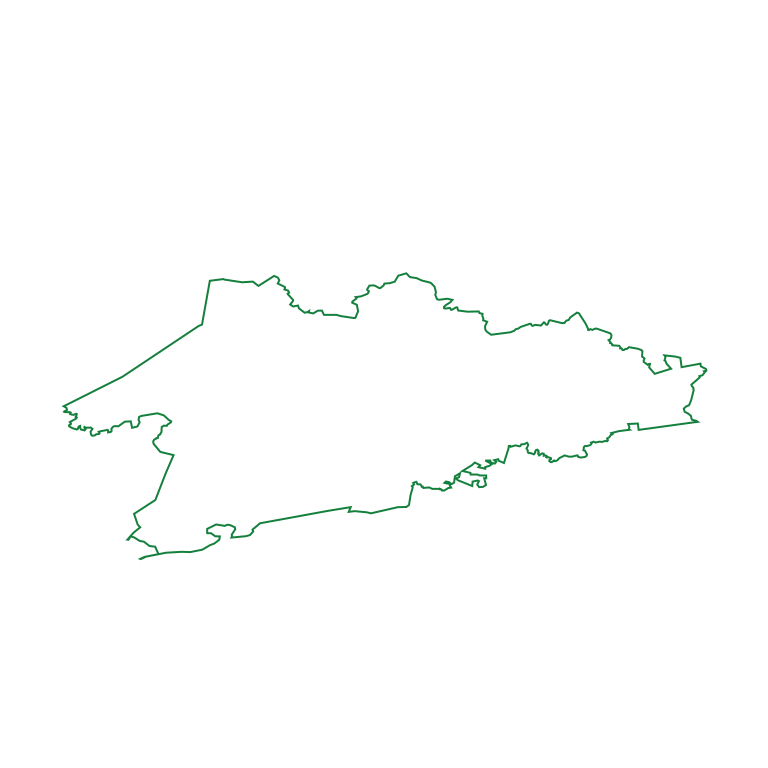 outline of Jumurdas pag., Erglu, Latvia, rotated 350°
{"feature_id": "27541924B12132010316150", "entity_name": "Jumurdas pag.", "entity_type": "district", "adm_level": 2, "iso_a3": "LVA", "parent_name": "Latvia", "parent_adm1": "Erglu", "projection": "equal_earth", "projection_center": [25.8, 56.947], "detail": "fine", "context": "isolated", "style": "outline", "palette": "green", "viewbox_px": 768, "rotation_deg": 350, "n_neighbors": 0, "source": "geoboundaries", "source_scale": "gbopen_adm2", "svg_char_len": 6118}
<svg xmlns="http://www.w3.org/2000/svg" viewBox="0 0 768 768"><g transform="rotate(350 384 384)"><path d="M262.0,259.2L244.8,253.4L244.3,252.8L230.4,252.1L215.1,293.9L211.7,294.6L127.8,331.4L64.7,350.3L67.0,352.2L67.4,354.2L66.7,355.0L64.5,355.4L64.1,355.8L64.7,356.2L70.0,357.3L70.5,357.7L69.6,359.0L71.3,360.0L73.2,360.5L75.5,359.8L76.2,360.2L75.6,361.8L74.6,362.8L74.7,363.5L75.5,363.8L75.0,364.5L68.0,366.9L68.9,368.6L68.6,369.2L66.6,370.0L66.6,371.0L69.6,373.5L73.8,375.5L74.6,375.2L75.2,373.8L76.5,372.6L77.5,372.5L77.1,374.4L77.7,376.2L81.1,377.7L82.3,376.6L81.3,375.0L81.6,374.3L82.9,375.3L87.6,376.0L89.1,377.6L86.7,380.0L86.8,383.1L87.7,384.3L90.4,384.4L91.9,383.5L94.4,383.8L95.3,383.2L94.7,381.5L96.6,381.3L103.9,381.2L104.3,381.9L103.9,383.8L106.5,383.8L107.5,383.1L107.8,380.7L109.9,379.0L111.4,378.7L115.1,379.5L122.2,376.1L128.1,376.8L128.3,383.4L133.8,383.0L136.7,379.3L136.1,376.8L137.0,374.0L139.2,373.3L155.8,373.5L161.8,376.7L165.8,382.0L168.0,383.8L167.4,384.8L163.5,386.5L162.8,387.5L160.0,386.8L157.6,387.8L156.5,392.7L155.1,394.1L155.0,394.7L152.8,395.5L152.0,397.8L150.3,397.8L149.9,398.4L148.1,398.8L146.8,400.3L146.7,401.1L146.7,402.8L151.9,412.0L164.4,417.5L153.8,433.6L138.7,458.5L115.3,468.5L117.0,479.6L119.0,482.8L111.6,486.9L104.3,492.7L105.2,493.0L108.1,490.0L111.6,491.9L116.1,496.1L120.2,497.6L124.9,502.8L130.4,504.5L132.2,511.7L132.1,512.4L118.2,512.7L113.6,513.9L114.1,514.2L119.6,512.7L140.0,512.3L155.4,514.1L164.1,515.9L176.3,515.6L184.7,512.5L189.3,511.6L194.7,508.8L195.9,505.6L191.3,504.6L187.7,500.9L184.0,500.2L184.7,496.0L194.3,493.2L202.6,496.1L205.1,495.4L206.1,495.6L207.9,496.2L212.2,499.2L212.3,501.2L207.9,505.9L207.8,507.7L207.1,508.7L211.3,509.1L221.7,509.9L225.7,509.5L229.6,506.5L229.2,504.6L237.8,499.6L306.7,499.2L329.8,499.5L327.1,503.8L333.0,504.1L344.9,507.4L348.7,509.1L376.2,507.7L384.7,509.0L387.6,507.5L390.9,497.9L394.4,490.7L393.7,489.4L396.2,488.2L395.6,486.5L398.2,486.0L398.9,486.0L399.5,488.5L402.4,489.2L403.2,490.5L403.3,491.8L404.4,491.9L404.7,493.2L410.5,493.7L413.4,495.7L419.4,496.7L420.5,497.3L420.8,496.8L422.6,498.2L422.5,498.9L424.7,499.4L429.3,497.6L432.1,497.7L431.2,495.4L432.1,494.2L426.4,491.9L428.0,490.8L431.1,492.0L433.0,494.3L433.9,494.1L435.9,493.3L437.8,487.2L443.4,485.1L441.7,488.8L438.4,489.5L439.9,491.5L453.2,499.8L454.3,495.5L459.5,495.3L460.6,496.1L458.4,499.2L459.8,502.1L463.6,502.5L466.9,501.2L466.3,494.2L468.3,494.6L468.7,491.8L462.4,490.7L460.2,489.4L453.6,488.2L453.7,486.5L446.2,483.3L456.5,479.2L459.8,477.1L464.6,480.7L462.6,482.3L469.0,485.0L469.2,483.4L473.6,482.9L476.4,481.6L470.5,477.0L475.3,477.8L475.7,480.0L479.3,481.6L481.1,480.1L479.3,478.2L483.5,477.9L483.8,479.6L488.4,482.6L495.4,469.1L496.2,466.7L497.7,466.9L497.9,467.8L502.9,467.3L506.6,468.9L507.4,468.8L508.8,467.3L511.7,467.6L514.6,466.7L515.4,468.4L515.4,469.3L513.1,472.3L514.0,474.1L513.8,475.6L514.2,476.9L516.8,477.7L519.4,479.3L521.0,477.9L521.2,476.6L522.2,475.5L523.7,475.3L524.6,476.8L524.0,477.5L524.5,478.6L523.7,479.5L524.4,481.3L527.6,479.8L529.2,480.3L528.8,482.4L530.7,482.3L531.7,483.3L531.0,484.2L531.6,484.7L533.2,484.6L535.6,486.1L535.4,487.0L533.7,487.6L533.4,488.6L534.5,489.8L535.7,490.1L538.1,488.9L538.3,489.4L539.7,489.7L541.5,489.2L543.7,487.5L549.5,485.7L553.3,487.6L556.5,488.2L561.9,487.8L562.3,488.0L562.4,489.3L564.5,490.5L569.2,490.8L571.1,489.9L571.7,488.7L570.3,484.5L568.9,483.9L569.9,480.8L571.3,479.9L573.0,480.4L576.8,479.9L578.2,478.4L577.8,477.7L580.4,477.2L582.2,478.4L586.1,478.2L588.8,478.9L591.9,478.5L593.8,479.1L594.8,478.2L594.2,476.7L594.5,476.2L596.6,475.6L598.5,473.5L599.8,473.3L599.5,472.8L600.1,472.6L599.9,472.4L600.9,472.0L600.4,471.7L607.2,471.2L617.9,471.7L617.2,471.1L618.2,469.0L617.5,465.8L627.1,467.0L626.8,473.4L686.4,475.7L685.1,474.5L681.2,472.7L680.7,470.7L680.8,468.9L678.6,466.1L675.3,463.6L674.9,460.3L677.8,458.5L680.7,457.9L683.5,453.6L687.9,443.9L687.7,442.8L688.1,441.7L686.7,439.2L686.6,438.0L696.1,432.3L695.9,431.0L699.1,430.7L702.0,428.1L701.4,427.0L703.7,427.0L703.9,426.5L703.6,425.1L699.1,421.6L699.2,418.9L680.0,419.1L680.4,409.7L675.5,407.5L665.1,404.5L665.9,406.3L664.3,409.5L665.2,410.2L665.8,413.2L669.4,418.8L652.4,421.0L648.0,413.7L649.4,410.4L648.0,410.3L647.0,410.9L643.6,407.3L643.8,406.0L645.0,404.1L642.9,401.8L644.2,396.5L643.3,395.2L640.2,393.4L631.7,390.3L629.3,391.6L627.7,391.4L626.2,392.2L624.8,392.0L624.2,390.3L622.8,389.9L623.2,389.2L622.3,387.2L615.7,385.6L615.3,385.0L615.6,384.6L614.6,383.0L613.9,382.9L614.2,382.0L612.8,379.8L614.6,379.2L615.7,377.9L616.5,375.3L615.7,373.4L602.9,366.3L601.3,366.2L598.7,366.9L596.7,365.8L595.0,366.5L594.4,366.2L594.6,365.1L593.0,359.5L588.3,348.3L586.5,347.2L578.9,350.8L577.0,353.0L574.5,353.3L572.2,355.3L569.5,354.8L558.6,350.0L557.4,350.4L556.1,352.9L554.9,354.0L553.8,353.6L552.9,351.5L552.2,351.0L548.7,353.7L543.2,352.0L540.5,352.6L539.6,351.9L539.2,350.4L538.4,350.0L528.6,351.5L525.9,352.7L523.3,352.9L521.5,354.2L517.4,355.0L498.1,354.1L494.2,350.2L493.2,347.9L493.5,344.7L496.4,340.6L492.7,338.5L493.2,336.9L492.7,334.0L493.2,332.0L490.3,330.7L489.9,329.0L478.8,327.3L469.8,324.5L469.4,321.3L468.5,321.0L464.0,322.6L462.9,322.6L462.1,320.5L457.9,320.4L456.3,319.8L456.5,318.4L458.9,316.9L463.6,315.0L466.0,313.0L461.0,311.0L452.7,310.6L450.9,309.6L450.0,305.1L451.1,302.7L450.7,297.0L448.1,293.1L446.8,292.0L439.3,288.7L434.5,285.4L428.1,283.2L425.2,278.9L416.9,279.8L412.3,285.1L407.4,285.7L401.8,285.2L400.7,286.9L397.1,288.9L395.9,288.7L392.4,285.8L390.6,285.0L386.7,284.6L383.8,287.9L383.9,288.7L385.2,290.0L384.3,291.6L383.1,292.4L376.6,293.7L371.3,293.5L372.0,294.5L371.6,295.1L367.2,297.3L366.8,298.4L371.0,301.3L371.1,307.9L367.3,313.9L365.4,313.7L353.2,309.6L349.3,307.7L336.9,305.5L335.6,300.9L331.5,300.3L326.6,302.2L322.4,300.6L322.9,299.1L321.1,299.9L318.2,300.0L313.4,294.8L312.9,291.8L308.0,291.9L305.4,289.4L308.7,286.6L309.1,285.5L304.8,278.7L304.8,278.3L306.4,277.6L305.8,275.4L302.4,273.6L303.3,272.0L303.2,271.2L296.8,266.6L298.9,263.7L298.3,261.6L297.7,260.6L294.5,258.5L277.4,265.6L272.6,260.4L262.0,259.2Z" fill="none" stroke="#15803d" stroke-width="2"/></g></svg>